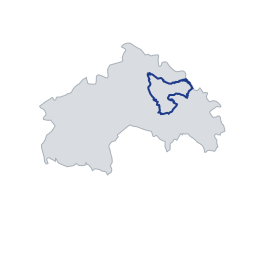 location of Kankan, Kankan, Guinea, rotated 321°
{"feature_id": "49546643B29721322070698", "entity_name": "Kankan", "entity_type": "district", "adm_level": 2, "iso_a3": "GIN", "parent_name": "Guinea", "parent_adm1": "Kankan", "projection": "robinson", "projection_center": [-9.056, 10.226], "detail": "medium", "context": "in_parent", "style": "outline", "palette": "blue", "viewbox_px": 256, "rotation_deg": 321, "n_neighbors": 0, "source": "geoboundaries", "source_scale": "gbopen_adm2", "svg_char_len": 5420}
<svg xmlns="http://www.w3.org/2000/svg" viewBox="0 0 256 256"><g transform="rotate(321 128 128)"><path d="M153.2,166.8L151.4,166.6L150.6,166.9L148.2,170.1L146.8,171.3L144.6,171.0L143.8,171.2L143.2,170.8L144.0,169.1L145.1,165.6L148.1,162.2L148.1,161.4L146.9,159.4L145.7,156.7L145.7,153.7L145.4,151.6L142.9,151.0L142.4,150.6L142.3,149.9L143.8,146.2L143.9,145.4L143.7,144.8L142.1,142.9L139.6,139.4L135.4,132.2L133.8,130.7L132.3,128.5L131.7,127.1L130.1,126.6L115.2,126.7L114.9,128.6L109.8,129.8L106.6,128.4L103.1,129.2L101.4,130.2L100.0,134.4L99.3,135.3L98.5,137.2L97.8,138.2L97.1,140.3L95.4,143.2L93.6,145.1L90.6,146.1L89.7,149.2L89.0,150.4L87.8,151.3L86.6,151.9L84.2,151.3L82.8,151.8L82.6,151.1L83.3,148.6L82.7,147.3L80.4,144.8L80.2,143.5L79.5,142.0L76.4,138.7L73.5,138.9L74.3,136.1L74.3,132.5L73.3,130.5L73.6,128.5L73.0,128.6L72.1,130.0L70.5,129.5L67.4,127.4L65.8,125.3L65.6,123.5L65.3,122.8L64.3,123.1L62.3,123.1L56.4,119.9L52.1,111.9L52.0,110.1L52.7,107.0L52.5,106.1L50.6,108.2L50.2,106.8L48.7,103.6L48.3,101.8L46.9,100.9L45.7,100.8L44.8,101.4L43.6,105.2L42.8,105.1L41.8,104.3L42.1,101.5L44.4,98.0L48.3,89.1L49.7,87.1L50.6,86.4L52.4,86.3L55.9,85.1L60.3,82.4L63.7,82.6L67.6,82.3L72.8,80.4L72.8,74.4L72.7,73.1L70.9,71.9L69.8,70.8L68.9,69.5L67.8,68.6L67.8,67.6L70.1,66.3L72.2,66.4L72.9,65.9L73.4,65.0L74.0,62.9L74.2,60.6L72.9,57.6L73.0,55.4L80.5,55.7L84.6,56.3L88.0,56.5L88.6,57.0L88.1,59.1L88.5,60.3L89.7,60.6L91.6,59.2L92.6,59.5L94.7,61.3L96.6,61.8L98.8,62.8L100.8,63.3L102.6,63.3L104.0,64.3L106.5,64.6L109.7,63.3L112.3,62.7L115.9,62.6L117.8,63.0L123.2,62.0L127.5,62.6L126.8,63.3L124.9,68.0L125.1,68.9L129.5,72.9L130.5,73.2L131.7,72.7L133.6,70.8L135.1,68.8L136.5,67.8L138.2,67.9L139.5,69.3L142.6,75.3L143.4,76.0L144.1,76.0L145.5,74.9L146.2,73.6L149.1,69.6L153.5,67.7L164.1,72.2L165.7,72.5L166.6,72.2L167.9,69.5L171.9,67.2L173.8,66.6L174.9,66.5L175.3,65.8L175.5,64.7L175.3,63.6L174.1,61.6L174.0,61.0L174.7,60.6L176.3,60.3L178.2,60.5L180.5,61.4L182.3,62.6L183.3,64.1L185.3,70.4L187.5,75.4L187.4,82.0L188.4,82.7L189.5,83.0L190.0,83.5L191.1,86.2L192.1,87.0L193.3,87.2L195.6,89.0L197.1,89.7L197.3,90.2L197.3,90.9L196.7,91.8L194.5,93.7L193.4,95.2L191.1,99.0L191.1,99.7L191.5,100.2L192.5,100.3L193.5,100.0L195.5,98.6L197.2,99.1L198.8,100.2L199.3,101.3L199.5,102.7L199.1,104.5L199.1,106.6L199.6,110.1L200.4,113.6L201.2,114.9L206.5,118.0L207.0,119.1L207.3,120.4L206.9,122.2L206.3,123.2L203.5,125.9L203.0,127.2L203.3,129.7L203.5,140.0L204.6,141.7L205.9,142.6L209.1,142.1L209.0,144.9L208.6,148.1L210.4,149.1L211.4,150.1L211.9,151.0L209.0,152.7L208.1,153.7L207.7,156.3L207.8,158.8L211.7,160.6L213.2,162.6L213.9,164.8L214.2,168.8L213.8,169.7L212.8,169.8L210.8,167.3L207.8,167.0L205.5,166.6L201.8,166.9L201.1,167.6L200.7,173.0L201.6,173.9L203.4,174.9L204.6,175.3L205.6,175.2L206.3,175.9L206.5,177.7L205.9,178.9L205.0,180.2L203.7,183.3L204.0,186.1L201.9,190.6L201.3,191.5L198.5,190.6L196.6,190.3L195.3,191.5L193.5,189.7L193.1,188.3L192.5,188.0L191.2,188.0L190.1,188.8L189.6,190.2L189.4,193.2L187.3,195.9L185.9,199.4L184.2,199.0L183.8,199.5L182.0,200.3L180.5,200.6L180.1,199.7L179.2,198.9L178.2,197.5L177.1,196.3L174.9,195.5L174.1,195.8L173.1,195.7L172.4,195.3L172.5,194.6L173.6,192.8L174.3,191.1L174.6,189.3L174.6,187.6L174.0,185.2L173.1,183.3L172.8,182.2L172.9,180.6L172.7,179.1L172.4,178.4L171.9,175.6L171.4,175.1L171.0,172.8L171.1,170.5L170.3,169.7L169.0,169.0L168.2,168.1L167.7,167.1L167.3,166.9L166.9,166.9L166.5,167.5L166.0,167.7L165.3,165.5L165.0,165.4L164.4,165.9L158.3,168.3L157.6,166.3L156.4,165.9L154.4,166.7L153.2,166.8Z" fill="#d9dde1" stroke="#a8b0b8" stroke-width="1"/><path d="M203.2,137.6L203.1,136.5L203.7,135.7L203.5,135.4L203.8,134.3L203.6,133.0L204.0,132.8L203.8,132.1L204.1,131.9L203.9,131.7L204.2,131.6L204.3,131.0L204.0,130.8L204.0,130.1L203.3,130.0L203.7,129.3L203.5,128.7L203.0,129.0L202.8,128.5L203.1,128.2L202.8,127.8L203.9,127.7L203.8,127.2L203.1,127.2L203.5,126.5L202.7,126.4L202.3,125.8L201.6,126.2L201.5,125.7L200.6,125.5L200.7,125.0L200.5,124.9L200.1,125.4L199.5,124.7L198.0,123.8L197.4,124.2L197.2,123.7L195.9,123.8L194.2,122.3L193.6,122.6L192.9,121.9L192.2,122.1L191.7,121.0L189.5,120.8L187.8,119.2L186.1,116.1L185.8,114.9L185.2,114.7L185.1,113.3L185.7,112.8L185.2,110.1L184.8,109.7L182.2,108.4L180.6,101.6L179.8,100.7L179.0,100.6L178.4,100.0L179.5,99.4L179.4,99.0L178.8,99.0L178.0,98.2L177.2,98.6L176.6,99.3L175.3,103.6L174.5,103.7L174.1,104.4L173.4,107.6L172.2,108.6L169.4,109.1L168.5,110.5L166.9,115.5L166.7,118.6L167.0,121.2L165.8,121.9L165.7,122.3L165.8,123.1L166.4,123.2L166.7,123.6L167.4,123.4L167.6,123.8L166.7,124.8L167.4,126.5L167.0,126.6L165.2,128.1L165.9,129.4L166.6,129.7L166.5,130.2L165.8,131.1L165.7,131.6L165.3,131.7L163.7,134.6L161.5,135.2L161.7,135.5L162.7,136.4L162.9,136.8L162.6,137.4L163.2,138.2L162.9,138.3L163.9,139.1L168.0,140.9L168.6,141.8L168.7,142.5L170.4,142.2L171.9,142.8L172.8,142.8L174.7,141.9L179.7,141.2L181.0,140.4L180.0,138.3L179.9,137.0L179.5,136.9L179.7,136.3L180.4,136.1L180.2,135.6L180.5,135.1L180.1,134.6L180.3,134.0L180.1,133.3L179.6,132.9L178.7,133.4L177.8,131.5L177.7,130.3L178.1,129.7L181.0,128.5L184.6,131.4L186.6,131.3L187.5,131.9L188.1,132.9L189.0,133.3L190.0,134.8L190.1,135.5L191.4,137.0L192.4,139.5L192.2,139.8L192.5,140.9L192.8,141.0L193.0,141.6L193.6,141.3L193.7,140.4L194.0,140.2L194.2,140.5L194.7,139.9L195.0,140.1L195.3,139.5L195.1,138.9L195.4,138.7L196.4,139.0L198.4,137.7L203.2,137.6Z" fill="none" stroke="#1e3a8a" stroke-width="2"/></g></svg>